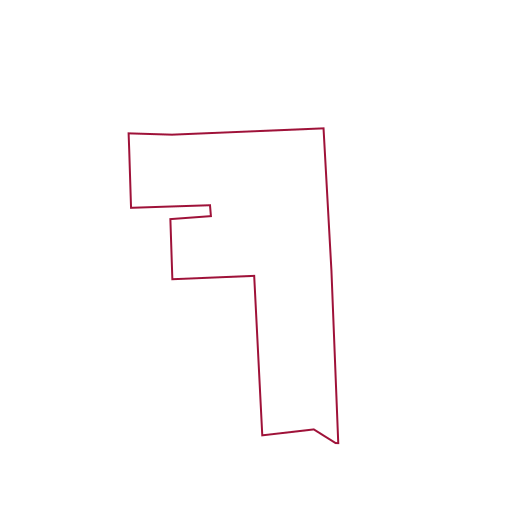 Ciuperceni, Teleorman, Romania (orthographic projection), rotated 305°
{"feature_id": "2599482B70697570158857", "entity_name": "Ciuperceni", "entity_type": "district", "adm_level": 2, "iso_a3": "ROU", "parent_name": "Romania", "parent_adm1": "Teleorman", "projection": "orthographic", "projection_center": [24.931, 43.803], "detail": "fine", "context": "isolated", "style": "outline", "palette": "rose", "viewbox_px": 512, "rotation_deg": 305, "n_neighbors": 0, "source": "geoboundaries", "source_scale": "gbopen_adm2", "svg_char_len": 368}
<svg xmlns="http://www.w3.org/2000/svg" viewBox="0 0 512 512"><g transform="rotate(305 256 256)"><path d="M287.0,326.4L399.3,238.1L307.2,117.6L283.4,81.3L269.9,91.5L223.8,126.0L243.7,152.5L271.2,189.2L262.8,196.2L237.1,164.7L189.0,200.8L238.7,265.9L112.7,364.0L147.1,402.8L148.4,428.5L149.9,430.7L287.0,326.4Z" fill="none" stroke="#9f1239" stroke-width="2"/></g></svg>